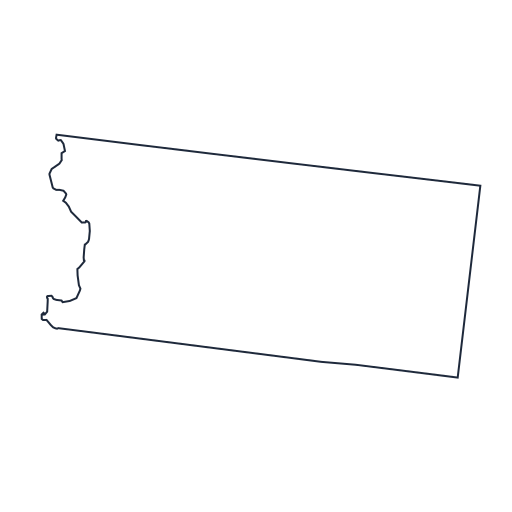 the district of Lyon, Iowa, United States of America, rotated 7°
{"feature_id": "52423323B71367497505693", "entity_name": "Lyon", "entity_type": "district", "adm_level": 2, "iso_a3": "USA", "parent_name": "United States of America", "parent_adm1": "Iowa", "projection": "orthographic", "projection_center": [-96.51, 43.379], "detail": "fine", "context": "isolated", "style": "outline", "palette": "slate", "viewbox_px": 512, "rotation_deg": 7, "n_neighbors": 0, "source": "geoboundaries", "source_scale": "gbopen_adm2", "svg_char_len": 1243}
<svg xmlns="http://www.w3.org/2000/svg" viewBox="0 0 512 512"><g transform="rotate(7 256 256)"><path d="M127.5,160.0L47.7,159.9L43.3,159.9L43.1,163.4L43.6,164.2L45.7,165.6L47.5,164.8L48.2,164.8L50.6,167.4L51.3,168.3L53.6,175.1L50.5,177.6L51.2,183.3L51.5,184.5L49.6,188.3L42.6,194.5L41.0,199.4L41.1,200.4L45.9,212.8L46.7,213.6L48.6,214.3L49.6,214.7L53.0,214.3L57.0,214.7L59.8,217.2L60.2,218.1L59.5,221.1L57.9,224.7L60.8,226.3L64.2,229.8L67.1,234.6L69.8,236.7L79.0,244.0L82.4,243.5L83.0,242.9L83.0,242.0L83.6,241.8L85.8,243.0L86.6,244.2L88.0,251.5L88.2,259.2L88.1,260.3L87.6,262.4L85.2,265.3L84.7,265.5L84.7,270.1L85.1,278.4L85.7,281.2L86.3,281.4L86.4,282.1L82.0,288.9L80.3,290.7L81.3,297.0L83.8,306.6L85.7,309.8L85.4,311.8L82.9,319.7L76.7,323.3L69.7,325.4L68.4,323.9L63.6,323.9L63.2,323.9L60.4,323.3L59.5,322.4L58.9,321.2L57.8,320.4L53.9,321.2L53.5,322.0L53.8,323.1L54.4,323.6L54.6,324.7L54.8,326.8L55.5,336.7L53.5,339.8L52.4,340.0L52.4,338.5L52.0,338.2L50.4,340.2L51.0,344.6L52.4,345.5L55.9,345.0L60.7,349.5L63.3,351.5L65.6,352.2L67.4,352.4L68.6,351.7L333.9,353.1L368.1,351.8L471.0,352.1L470.1,158.9L358.9,159.4L274.9,159.7L274.7,159.7L268.9,159.7L197.6,159.9L186.6,159.9L127.5,160.0Z" fill="none" stroke="#1e293b" stroke-width="2"/></g></svg>